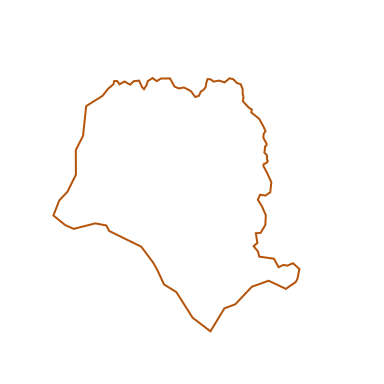 the district of Tropojë, Kukës, Albania, rotated 24°
{"feature_id": "67620474B51082079967557", "entity_name": "Tropojë", "entity_type": "district", "adm_level": 2, "iso_a3": "ALB", "parent_name": "Albania", "parent_adm1": "Kukës", "projection": "equal_earth", "projection_center": [20.083, 42.368], "detail": "fine", "context": "isolated", "style": "outline", "palette": "amber", "viewbox_px": 384, "rotation_deg": 24, "n_neighbors": 0, "source": "geoboundaries", "source_scale": "gbopen_adm2", "svg_char_len": 1570}
<svg xmlns="http://www.w3.org/2000/svg" viewBox="0 0 384 384"><g transform="rotate(24 192 192)"><path d="M323.6,228.3L321.5,218.7L313.2,216.0L309.0,220.5L305.2,221.4L301.7,225.5L294.0,219.6L279.7,223.7L276.6,219.6L270.3,216.4L272.4,211.9L267.1,203.7L271.3,201.4L272.4,192.3L268.9,183.2L261.9,176.8L255.3,172.2L255.3,166.8L260.5,165.4L263.6,160.4L260.5,150.8L252.8,144.0L246.6,139.2L246.2,137.3L248.3,135.0L248.7,133.0L247.5,132.0L245.4,127.9L242.1,126.6L241.4,123.9L240.2,120.9L241.0,119.4L240.7,117.9L239.0,116.4L235.1,113.4L233.8,109.6L234.5,106.6L230.2,102.8L223.6,97.8L213.8,95.2L213.1,92.3L210.0,92.0L201.7,88.5L200.4,84.4L198.2,81.5L196.4,77.4L192.6,73.7L189.0,74.2L183.7,72.2L180.1,72.8L177.2,78.6L171.4,79.2L166.7,82.4L163.4,81.5L160.3,82.4L160.7,86.5L161.8,90.5L160.9,94.3L159.2,96.7L159.2,101.3L156.3,103.9L150.2,100.4L145.1,99.9L142.0,99.9L137.8,102.8L133.1,102.8L125.7,97.2L117.5,101.0L114.6,105.1L109.7,103.9L106.5,108.6L107.0,113.2L106.3,117.6L103.6,116.4L98.3,111.8L93.8,114.4L91.8,119.1L85.4,118.5L82.0,123.1L78.7,121.1L75.8,122.3L76.4,125.5L73.4,131.7L71.2,140.4L69.1,143.7L66.8,147.0L64.5,150.4L62.2,153.9L60.4,156.6L69.6,184.9L68.8,201.0L78.9,223.3L78.1,242.5L74.2,253.6L74.9,269.8L89.6,273.8L98.9,273.8L116.4,260.0L127.3,257.4L132.2,261.3L148.6,261.9L167.9,262.6L185.2,272.3L192.2,277.5L204.0,287.8L218.4,289.8L243.7,306.6L265.5,311.8L268.9,285.2L277.3,276.8L281.8,263.9L285.2,254.2L298.1,241.9L317.2,242.3L319.3,238.7L320.7,236.4L321.5,235.3L321.8,234.7L323.3,232.2L323.5,230.2L323.6,228.3Z" fill="none" stroke="#b45309" stroke-width="2"/></g></svg>